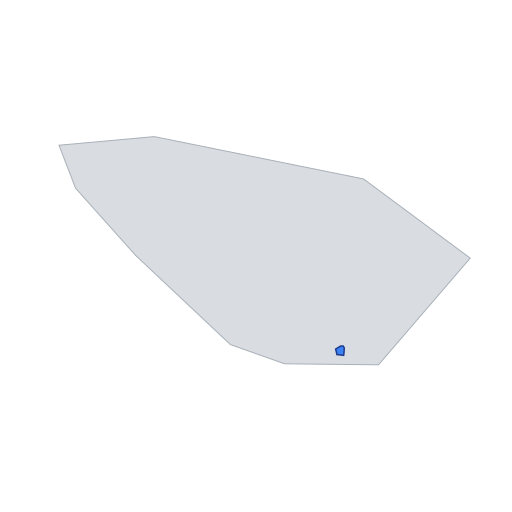 Chateau Belair, Soufrière, Saint Lucia (highlighted), rotated 279°
{"feature_id": "8701671B28049445861870", "entity_name": "Chateau Belair", "entity_type": "district", "adm_level": 2, "iso_a3": "LCA", "parent_name": "Saint Lucia", "parent_adm1": "Soufrière", "projection": "albers", "projection_center": [-61.053, 13.819], "detail": "fine", "context": "in_parent", "style": "filled", "palette": "blue", "viewbox_px": 512, "rotation_deg": 279, "n_neighbors": 0, "source": "geoboundaries", "source_scale": "gbopen_adm2", "svg_char_len": 495}
<svg xmlns="http://www.w3.org/2000/svg" viewBox="0 0 512 512"><g transform="rotate(279 256 256)"><path d="M348.9,350.2L287.4,467.9L167.7,394.0L154.0,301.0L164.5,244.6L237.7,137.1L294.7,67.2L334.6,44.1L358.0,136.8L348.9,350.2Z" fill="#d9dde1" stroke="#a8b0b8" stroke-width="1"/><path d="M174.7,358.0L178.9,357.6L180.7,356.3L180.7,356.1L180.3,353.7L178.6,351.6L176.5,349.2L171.5,351.3L171.3,351.3L171.6,358.1L173.2,358.1L174.7,358.0Z" fill="#3b82f6" stroke="#1e3a8a" stroke-width="1.5"/></g></svg>